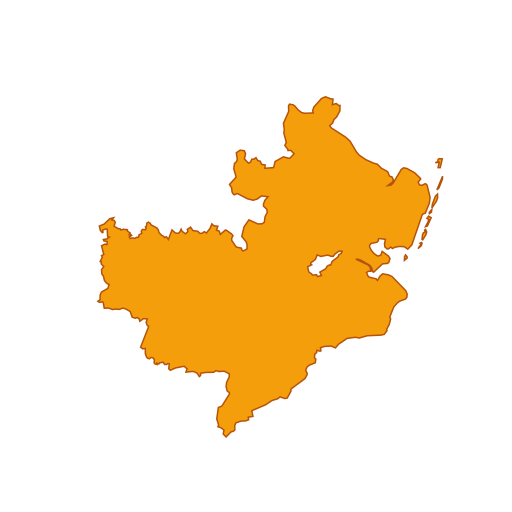 Niedersachsen, Albers equal-area conic projection, rotated 117°
{"feature_id": "DEU-1576", "entity_name": "Niedersachsen", "entity_type": "State", "adm_level": 1, "iso_a3": "DEU", "parent_name": "Germany", "parent_adm1": "", "projection": "albers", "projection_center": [9.302, 52.591], "detail": "fine", "context": "isolated", "style": "filled", "palette": "amber", "viewbox_px": 512, "rotation_deg": 117, "n_neighbors": 0, "source": "natural_earth", "source_scale": "10m", "svg_char_len": 6159}
<svg xmlns="http://www.w3.org/2000/svg" viewBox="0 0 512 512"><g transform="rotate(117 256 256)"><path d="M111.0,224.3L117.7,213.7L119.3,209.8L120.3,201.9L119.9,193.4L119.1,189.6L120.9,184.1L121.1,177.0L123.9,173.7L124.2,172.4L123.7,171.0L125.5,168.4L128.1,167.9L133.4,170.6L131.7,168.0L129.0,166.9L113.0,165.9L110.4,164.5L109.5,161.2L109.8,152.5L112.0,145.2L112.6,144.2L116.7,145.0L118.4,142.5L117.7,140.2L114.8,138.1L114.7,136.6L115.7,135.3L124.7,127.5L130.3,125.5L141.0,124.6L142.5,126.2L144.1,126.6L175.4,122.2L181.0,123.9L180.4,128.1L182.3,132.4L185.1,136.2L187.4,137.8L186.8,140.0L189.4,141.1L190.2,142.3L189.3,145.5L186.4,147.2L182.4,148.2L184.3,153.6L185.2,154.7L186.9,153.9L188.9,154.5L192.5,159.1L194.7,159.6L196.3,159.0L198.7,155.7L200.3,151.7L200.8,147.6L198.8,145.2L194.6,145.7L195.9,138.0L197.5,135.4L201.6,134.8L202.9,135.5L205.6,139.7L217.0,143.8L217.0,144.7L213.8,147.9L212.6,150.5L212.1,160.5L212.5,163.4L213.5,165.6L213.1,151.8L214.2,149.3L217.4,146.6L218.4,148.7L220.5,150.1L223.1,147.0L223.4,145.2L221.8,138.6L222.6,136.7L217.8,136.4L214.4,135.1L212.6,129.2L212.6,125.3L218.9,106.8L221.3,104.0L224.4,102.8L226.6,103.3L230.8,107.3L233.4,108.7L238.8,110.1L249.6,109.1L250.9,107.5L256.5,106.2L262.0,106.3L263.1,105.4L267.6,106.2L269.7,108.6L276.5,120.6L282.2,126.8L283.2,130.3L288.0,137.4L297.1,142.4L301.8,143.5L302.1,148.1L305.6,154.1L308.4,156.9L311.1,155.1L311.8,155.9L312.3,158.9L314.6,158.1L316.7,159.1L320.4,157.5L320.7,155.9L324.2,154.7L329.2,159.0L331.6,160.1L335.4,159.8L337.1,157.3L338.5,156.6L343.0,156.7L358.5,164.4L360.7,163.5L368.4,163.7L369.9,165.6L370.6,170.7L373.1,171.6L377.7,176.3L384.2,179.9L395.7,189.5L400.3,185.9L403.1,189.7L405.2,188.2L407.4,190.1L410.0,194.5L413.9,198.2L416.7,198.0L420.5,195.9L422.1,196.4L424.3,198.5L430.8,200.5L429.5,204.4L425.6,205.5L425.0,209.3L425.4,212.4L423.3,212.8L419.0,217.0L408.1,220.8L405.2,218.3L391.0,217.0L389.9,217.7L389.3,220.5L386.0,223.3L382.0,224.8L375.6,225.0L373.1,226.4L373.1,232.1L375.8,236.6L376.3,239.6L378.9,241.0L382.5,247.8L385.7,252.2L387.7,251.1L389.2,251.8L387.2,255.1L387.1,258.2L387.7,260.2L391.3,265.7L387.8,266.2L386.9,270.0L392.2,276.8L396.7,280.4L396.1,282.6L391.5,284.3L391.8,285.6L393.3,286.4L394.1,288.2L392.8,290.5L395.0,293.4L396.2,293.5L396.4,295.5L397.5,294.7L398.0,297.0L397.6,298.2L394.6,299.4L393.5,301.5L394.0,303.4L396.0,304.4L396.3,306.2L395.6,307.8L393.2,310.3L388.6,312.7L390.1,314.6L389.7,317.4L367.9,319.6L367.3,319.9L367.2,321.4L365.1,323.7L361.4,324.2L362.9,327.8L366.9,329.9L365.0,331.6L364.7,333.8L366.3,335.3L366.7,338.6L362.6,342.9L362.3,347.9L362.9,351.1L365.5,353.3L367.4,357.7L368.8,359.3L369.3,363.7L371.4,367.5L366.7,371.1L366.5,371.9L368.4,374.5L368.1,376.4L365.8,375.1L361.4,377.2L358.2,377.3L352.1,373.3L348.0,374.0L348.2,376.3L346.8,379.8L343.1,382.9L342.0,385.2L338.2,387.5L334.6,386.8L333.3,390.2L331.5,391.3L331.7,392.3L326.9,392.4L325.8,393.8L323.8,392.3L317.0,398.3L313.8,395.8L313.7,394.2L313.2,394.0L310.7,395.2L311.6,398.4L310.6,399.5L308.5,396.6L305.8,395.3L306.2,396.6L305.5,397.4L299.7,400.7L300.1,402.1L302.5,404.4L304.3,403.1L305.0,403.5L303.9,406.3L300.4,409.2L296.5,405.8L289.1,403.2L286.6,400.3L289.3,400.9L288.7,398.6L289.8,396.7L294.0,395.9L294.1,390.8L293.5,389.5L294.1,388.1L292.5,386.5L290.9,382.5L292.2,381.8L292.7,378.4L294.6,378.7L293.8,376.8L294.1,376.1L296.5,377.6L297.6,376.1L296.1,374.6L295.2,371.8L293.5,370.8L292.8,369.2L290.2,369.8L287.6,368.1L286.0,369.5L283.9,369.3L282.7,366.4L281.5,366.4L280.2,367.7L279.6,367.1L276.2,368.2L274.7,367.3L274.8,365.2L275.9,363.7L276.0,357.1L277.1,354.8L279.1,353.2L280.4,349.6L280.5,346.8L281.1,345.8L279.5,344.5L281.1,341.6L270.9,342.7L272.1,338.3L271.2,335.7L269.5,334.8L266.1,334.9L267.5,333.1L268.3,329.0L265.2,327.7L263.5,329.3L260.0,327.4L262.0,323.8L260.4,319.1L261.3,316.5L260.5,314.6L257.8,313.1L258.0,310.6L252.3,309.5L247.4,309.9L248.2,307.4L246.8,303.5L251.0,302.9L250.5,300.0L253.0,297.6L246.8,295.1L246.5,294.2L247.4,287.8L248.3,285.8L251.3,285.7L253.1,284.7L257.0,277.7L255.6,272.6L257.2,271.1L257.3,269.6L253.7,267.2L249.7,269.3L247.8,271.3L245.0,277.6L235.3,279.9L227.0,278.7L226.6,269.1L224.7,265.4L222.3,263.9L216.8,265.8L211.8,265.8L209.4,267.8L208.2,271.9L206.5,272.9L202.4,273.4L197.7,272.2L200.0,278.4L204.6,280.7L207.6,283.8L208.9,289.6L208.8,300.2L209.0,301.3L211.4,303.2L211.0,304.7L209.8,306.4L206.2,308.8L204.3,312.1L194.7,309.5L188.4,315.4L183.3,317.2L180.7,316.2L178.1,316.7L173.0,320.4L168.9,318.2L167.5,314.2L169.7,311.7L174.7,310.4L176.7,304.9L174.8,303.5L171.7,303.7L170.8,301.9L168.4,300.7L170.2,297.7L169.6,295.3L171.8,292.6L170.7,289.2L173.8,287.9L169.2,280.4L163.2,281.9L155.2,276.6L154.0,271.1L153.2,270.1L147.6,268.5L146.1,272.9L147.5,275.4L146.6,276.0L144.4,280.5L141.0,280.6L133.8,287.0L130.3,288.3L125.3,291.8L112.4,292.5L107.4,295.2L105.5,295.1L104.5,291.8L104.7,289.6L106.8,284.5L107.5,280.3L106.6,277.2L102.5,269.9L100.8,271.5L97.1,272.1L85.8,269.1L82.6,266.4L82.0,260.5L81.2,258.6L86.5,256.6L83.7,253.8L84.3,250.8L83.7,249.5L88.7,247.1L95.5,247.3L99.2,248.5L102.8,248.1L106.4,249.5L107.7,247.0L109.4,230.2L111.0,224.3ZM217.5,182.8L215.0,181.3L212.7,181.4L213.9,184.2L218.4,186.6L221.2,187.0L222.2,189.0L222.6,192.5L227.0,198.1L227.2,202.0L232.0,201.5L237.1,204.0L238.4,203.6L238.6,202.4L242.1,205.1L246.2,201.8L246.7,198.4L247.4,197.0L245.2,193.6L246.4,191.9L243.7,188.8L241.4,191.8L235.7,188.1L232.6,187.9L230.6,186.5L230.2,185.3L226.3,185.7L219.3,182.4L217.5,182.8ZM118.4,122.4L121.6,120.6L125.4,120.1L133.3,121.1L129.7,122.4L121.2,123.3L118.4,122.4ZM94.6,133.9L89.3,135.3L91.5,138.6L89.5,136.9L87.3,137.6L86.0,136.9L84.9,134.1L93.7,132.0L94.6,133.9ZM142.3,117.3L151.5,116.9L152.9,118.3L147.4,118.2L145.0,118.7L144.8,120.8L142.1,120.3L142.3,117.3ZM155.3,117.0L157.1,114.8L160.0,114.3L165.9,114.8L165.9,115.6L161.4,117.3L159.4,117.4L157.7,116.2L156.4,117.6L155.3,117.0ZM100.2,126.0L102.8,124.8L112.3,123.9L115.0,124.8L100.2,126.0ZM187.1,123.3L188.1,121.0L189.4,120.4L192.5,121.8L189.3,123.3L187.1,123.3ZM170.1,115.7L168.8,114.7L169.1,113.9L171.8,113.4L175.8,115.0L170.3,114.3L170.1,115.7ZM134.7,120.5L137.3,119.6L139.5,120.7L138.5,121.4L134.7,120.5Z" fill="#f59e0b" stroke="#b45309" stroke-width="1.5"/></g></svg>